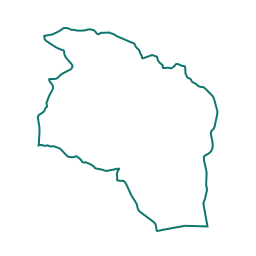 an SVG outline of Govi-Altay, rotated 355°
{"feature_id": "MNG-3319", "entity_name": "Govi-Altay", "entity_type": "Province", "adm_level": 1, "iso_a3": "MNG", "parent_name": "Mongolia", "parent_adm1": "", "projection": "robinson", "projection_center": [95.669, 45.25], "detail": "fine", "context": "isolated", "style": "outline", "palette": "teal", "viewbox_px": 256, "rotation_deg": 355, "n_neighbors": 0, "source": "natural_earth", "source_scale": "10m", "svg_char_len": 3282}
<svg xmlns="http://www.w3.org/2000/svg" viewBox="0 0 256 256"><g transform="rotate(355 128 128)"><path d="M44.0,138.5L43.2,138.5L40.6,137.4L39.7,137.3L37.5,137.5L37.6,137.3L39.5,124.1L39.8,119.2L39.1,110.1L39.3,108.7L40.0,107.7L40.8,107.0L44.7,105.0L45.5,104.4L46.2,103.6L47.4,101.2L47.8,100.7L48.7,100.2L49.2,99.5L49.2,98.7L48.9,96.6L49.0,95.9L52.3,89.0L56.2,83.1L56.7,81.9L56.9,80.6L56.6,79.2L56.1,77.9L54.0,74.4L53.7,73.6L53.6,72.8L54.1,72.4L54.8,72.4L55.6,72.5L59.1,72.8L60.0,72.7L61.9,72.2L65.6,69.2L68.5,67.6L75.3,64.9L76.7,64.0L77.6,62.9L77.9,62.2L78.0,60.6L76.8,58.6L73.9,54.8L72.0,51.8L71.4,50.3L71.0,48.8L71.0,47.6L71.1,46.5L70.9,45.7L70.4,45.0L68.2,44.1L63.6,41.6L56.7,36.2L54.2,34.2L52.9,32.6L52.7,31.8L52.6,31.2L52.6,29.0L60.6,28.2L64.7,26.8L69.1,24.9L72.2,23.0L73.2,22.8L74.3,22.9L76.1,23.2L77.5,23.7L78.3,24.1L79.4,24.9L79.8,25.1L80.1,25.2L82.4,25.5L86.3,26.6L90.6,27.0L94.5,26.9L95.0,26.8L96.3,26.4L96.6,26.3L97.6,26.4L98.6,26.4L101.4,27.1L102.4,27.5L103.0,28.1L103.7,29.0L104.3,29.7L104.7,30.5L105.1,31.0L105.5,31.4L106.1,31.8L107.2,32.0L108.6,31.2L109.5,30.9L117.9,31.3L119.3,32.2L120.5,32.7L121.5,33.0L121.9,33.2L123.9,34.9L126.1,36.2L138.2,42.7L139.1,43.1L139.5,43.2L140.7,43.8L141.4,44.4L141.9,45.0L142.6,47.1L143.4,48.6L145.3,50.7L146.0,51.7L146.7,54.6L147.5,56.4L147.9,57.3L148.2,59.7L149.4,59.8L158.0,57.5L159.1,57.6L160.3,58.3L163.1,59.5L163.5,62.1L163.7,63.2L164.4,64.5L165.3,65.8L167.7,68.1L168.0,68.7L167.8,70.2L168.1,70.8L168.2,71.2L169.9,71.4L173.5,71.4L173.7,71.5L174.2,71.7L175.0,72.1L175.3,72.1L175.8,72.2L176.6,72.1L177.1,72.0L178.3,71.3L180.0,70.0L180.3,69.7L180.7,69.0L180.9,68.8L181.2,68.7L181.7,68.5L183.2,68.6L184.8,69.5L187.2,70.8L189.9,71.4L190.3,74.2L190.0,77.6L190.1,78.6L190.3,79.6L190.6,80.5L191.4,82.4L191.7,82.9L192.3,83.4L193.8,84.1L194.4,84.5L195.0,85.4L195.7,87.3L196.4,88.0L199.3,89.8L200.2,90.7L201.5,92.2L202.2,92.7L203.0,93.0L204.6,93.5L205.7,93.7L206.6,93.9L207.1,94.2L208.4,95.4L214.8,103.2L215.8,104.9L216.4,107.4L218.5,119.0L218.3,120.7L217.9,122.8L214.3,134.4L213.2,136.3L212.8,136.7L211.5,137.7L211.0,138.2L210.5,139.0L210.2,139.9L210.1,141.4L210.2,142.8L210.9,148.3L210.9,152.6L210.7,153.8L210.2,155.8L209.6,157.0L208.9,158.2L208.4,158.7L207.6,159.4L206.0,160.5L201.7,162.5L201.2,163.1L201.0,164.0L201.0,167.8L202.4,178.5L202.4,179.7L200.9,191.3L201.3,195.0L201.3,196.3L201.0,197.6L198.5,205.4L196.8,208.7L196.6,209.8L196.6,211.1L198.6,233.0L187.4,231.7L176.2,230.4L164.0,231.5L151.9,232.7L148.6,233.2L148.2,233.1L147.9,233.0L147.6,232.3L147.2,227.0L146.9,226.1L146.5,225.2L145.7,224.2L132.6,212.5L131.4,211.1L130.8,209.5L130.5,207.8L130.3,205.9L130.0,204.3L125.3,195.0L121.8,185.0L120.0,181.3L119.1,180.5L117.9,180.1L116.2,180.1L113.0,179.3L112.7,178.9L112.7,177.9L113.0,175.5L112.8,173.4L112.8,173.0L113.0,172.5L113.4,171.7L113.7,170.6L114.1,169.9L115.1,168.7L115.4,167.8L114.7,167.6L103.2,168.9L101.8,168.7L98.8,167.3L92.6,165.5L91.8,165.2L91.3,164.6L91.0,163.9L90.4,163.3L88.1,161.3L83.8,158.9L82.8,158.5L80.7,158.5L79.8,158.1L79.2,157.5L78.3,155.6L77.7,154.9L75.0,152.2L74.5,151.9L74.0,151.7L73.4,151.6L71.9,152.3L70.4,152.3L67.6,151.9L66.0,151.4L64.2,149.7L58.9,143.0L58.0,142.3L52.6,139.7L49.1,139.6L48.4,139.4L47.1,138.6L46.4,138.3L45.6,138.3L44.0,138.5Z" fill="none" stroke="#0f766e" stroke-width="2"/></g></svg>